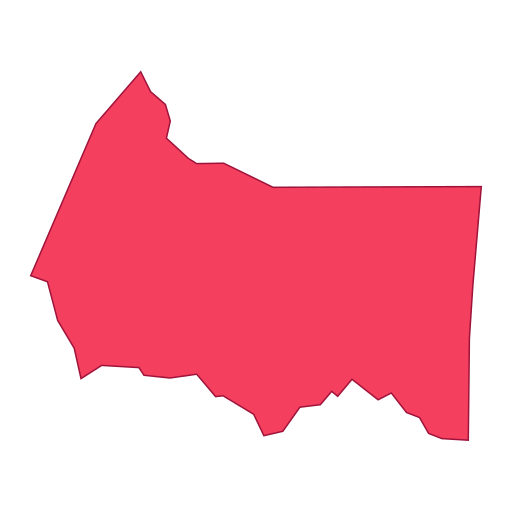 outline of Marion, Kentucky, United States of America
{"feature_id": "52423323B50933714814706", "entity_name": "Marion", "entity_type": "district", "adm_level": 2, "iso_a3": "USA", "parent_name": "United States of America", "parent_adm1": "Kentucky", "projection": "orthographic", "projection_center": [-85.281, 37.571], "detail": "fine", "context": "isolated", "style": "filled", "palette": "rose", "viewbox_px": 512, "rotation_deg": 0, "n_neighbors": 0, "source": "geoboundaries", "source_scale": "gbopen_adm2", "svg_char_len": 627}
<svg xmlns="http://www.w3.org/2000/svg" viewBox="0 0 512 512"><path d="M140.7,71.8L96.0,123.5L30.7,275.7L47.5,281.8L57.7,320.5L74.2,348.2L81.0,378.6L101.7,365.4L138.9,367.6L144.0,375.3L170.0,378.0L196.7,374.2L215.6,396.6L223.1,395.8L253.7,414.3L263.9,435.7L282.8,431.3L299.9,407.2L320.3,404.7L331.7,391.4L337.7,396.3L352.0,379.3L378.1,399.8L391.3,393.0L406.5,412.5L419.5,417.5L428.6,433.4L441.9,438.6L468.3,440.2L469.4,338.5L472.8,286.2L481.3,186.6L356.7,187.0L273.0,187.3L223.6,163.2L196.6,163.6L188.6,158.6L166.4,138.2L170.3,121.0L165.4,104.5L150.6,91.7L140.7,71.8Z" fill="#f43f5e" stroke="#9f1239" stroke-width="1.5"/></svg>